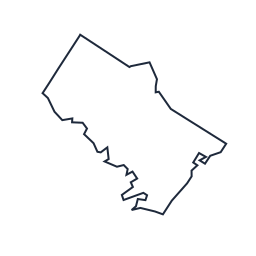 Murray, Georgia, United States of America (orthographic projection), rotated 303°
{"feature_id": "52423323B12443829653432", "entity_name": "Murray", "entity_type": "district", "adm_level": 2, "iso_a3": "USA", "parent_name": "United States of America", "parent_adm1": "Georgia", "projection": "orthographic", "projection_center": [-84.798, 34.786], "detail": "fine", "context": "isolated", "style": "outline", "palette": "slate", "viewbox_px": 256, "rotation_deg": 303, "n_neighbors": 0, "source": "geoboundaries", "source_scale": "gbopen_adm2", "svg_char_len": 876}
<svg xmlns="http://www.w3.org/2000/svg" viewBox="0 0 256 256"><g transform="rotate(303 128 128)"><path d="M72.7,196.1L74.6,204.3L91.0,204.3L113.8,207.7L122.1,207.7L126.9,204.5L134.5,206.5L134.6,201.5L145.7,201.2L146.2,209.1L139.9,205.7L140.0,212.0L149.5,212.1L158.2,218.9L168.3,218.9L167.3,153.5L175.2,134.1L173.0,131.8L178.2,128.5L184.7,125.7L194.8,110.3L181.4,96.7L179.9,96.0L180.2,37.1L178.9,37.2L141.3,37.2L139.9,37.2L123.4,37.4L111.6,37.4L111.2,37.5L110.7,37.4L109.5,44.5L101.6,57.5L98.8,68.6L105.7,76.1L102.3,78.0L107.7,87.1L105.2,93.9L98.9,94.5L96.5,107.4L91.4,115.3L92.7,118.4L100.5,121.2L91.4,128.7L87.2,126.6L89.5,139.8L94.6,144.6L93.4,150.1L87.9,152.2L93.9,155.5L90.6,163.2L84.0,159.9L81.2,164.2L68.5,159.3L65.2,163.5L82.0,176.2L82.0,180.6L77.0,181.9L73.8,174.9L66.7,177.3L61.2,175.7L67.7,181.9L72.7,196.1Z" fill="none" stroke="#1e293b" stroke-width="2"/></g></svg>